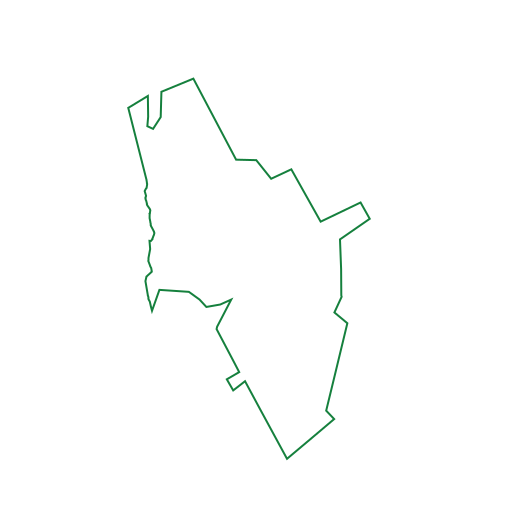 outline of Shurugwi Town, Midlands, Zimbabwe, rotated 151°
{"feature_id": "62879985B16966915887003", "entity_name": "Shurugwi Town", "entity_type": "district", "adm_level": 2, "iso_a3": "ZWE", "parent_name": "Zimbabwe", "parent_adm1": "Midlands", "projection": "robinson", "projection_center": [30.031, -19.693], "detail": "fine", "context": "isolated", "style": "outline", "palette": "green", "viewbox_px": 512, "rotation_deg": 151, "n_neighbors": 0, "source": "geoboundaries", "source_scale": "gbopen_adm2", "svg_char_len": 2585}
<svg xmlns="http://www.w3.org/2000/svg" viewBox="0 0 512 512"><g transform="rotate(151 256 256)"><path d="M138.5,233.4L138.6,252.1L182.8,254.7L183.1,314.7L205.1,316.2L205.3,316.2L209.3,339.7L226.7,349.9L224.8,441.5L259.1,445.5L272.0,423.7L284.4,417.1L288.1,422.2L282.8,430.1L273.0,448.4L295.9,447.5L314.9,375.5L315.0,375.4L315.3,374.5L315.8,373.2L315.9,372.9L316.1,372.6L316.2,372.3L316.2,372.0L316.4,371.7L316.5,371.4L318.6,368.7L318.8,368.5L319.0,368.4L319.3,368.4L319.5,368.3L319.7,368.2L321.7,366.9L321.9,366.7L323.0,361.9L323.4,361.5L323.6,361.4L323.7,361.2L323.9,361.1L324.1,360.9L324.2,360.7L324.3,360.6L324.5,360.5L324.5,360.2L324.8,359.9L324.8,359.6L324.9,359.4L325.0,359.2L325.1,358.9L325.2,358.7L325.2,358.4L325.2,358.2L325.2,357.8L325.3,357.4L325.9,355.1L326.0,354.9L326.1,354.6L326.1,354.4L326.3,354.3L326.4,353.9L326.5,353.7L326.5,353.4L326.5,353.0L326.5,352.7L326.1,348.9L326.1,348.6L326.1,348.4L326.1,348.1L326.2,347.9L326.2,347.7L326.3,347.4L326.3,347.2L327.9,345.1L328.0,345.1L328.2,344.9L328.3,344.6L328.5,344.6L328.5,344.4L328.7,344.2L330.7,340.7L332.0,336.7L331.9,336.7L332.1,336.6L332.2,336.1L332.3,335.6L332.5,335.3L332.7,335.0L332.8,334.6L332.9,334.4L333.0,334.1L333.2,333.9L333.2,333.7L333.2,333.3L333.3,333.1L333.3,331.8L333.3,331.4L333.3,331.0L333.3,330.7L333.4,327.0L333.5,326.9L333.5,326.7L333.5,326.4L333.6,326.2L333.6,325.9L333.7,325.7L333.8,325.3L333.9,325.2L335.1,323.9L335.4,323.7L335.5,323.6L335.8,323.4L337.9,321.6L338.1,321.4L338.4,321.3L338.5,321.1L338.5,320.9L340.7,320.1L341.8,320.9L345.2,313.4L350.9,306.5L351.0,306.4L351.1,306.2L352.1,304.4L352.3,304.2L352.5,304.0L352.6,303.9L353.3,299.0L353.4,298.7L353.4,298.4L353.5,298.1L353.5,297.8L353.5,297.5L353.5,297.2L353.5,296.5L353.5,296.3L354.6,293.1L354.8,293.0L354.9,292.8L355.1,292.8L355.2,292.7L355.4,292.7L355.5,292.6L360.6,291.4L360.9,291.3L361.4,291.1L361.6,291.1L361.8,291.1L364.9,287.6L369.7,273.9L369.8,273.8L369.8,273.7L369.8,273.2L369.9,272.9L370.0,272.7L370.0,272.4L370.1,272.2L370.2,271.9L370.3,271.7L370.4,271.4L370.6,271.2L370.8,270.8L370.9,270.5L370.9,270.3L370.9,270.1L371.0,269.9L371.0,269.7L371.0,269.3L371.0,268.8L371.0,268.3L371.0,268.2L371.0,267.9L371.0,267.6L372.1,263.8L372.2,263.6L373.5,258.5L356.9,273.2L332.1,257.2L326.5,245.3L324.1,235.5L310.8,230.9L298.8,229.9L324.3,213.0L325.9,211.2L326.7,173.8L327.0,162.6L341.3,162.3L341.1,149.5L326.3,151.8L326.7,120.0L327.2,63.6L293.4,70.2L266.7,75.5L269.1,84.8L269.6,86.7L245.0,113.4L208.7,152.9L214.8,168.6L200.9,178.8L200.5,180.2L188.0,203.1L174.5,229.8L138.5,233.4Z" fill="none" stroke="#15803d" stroke-width="2"/></g></svg>